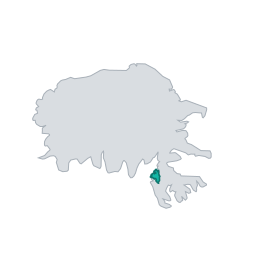 Kaldrananeshreppur, Vestfirðir, Iceland shown in context, rotated 203°
{"feature_id": "244011B77106600698129", "entity_name": "Kaldrananeshreppur", "entity_type": "district", "adm_level": 2, "iso_a3": "ISL", "parent_name": "Iceland", "parent_adm1": "Vestfirðir", "projection": "orthographic", "projection_center": [-21.462, 65.822], "detail": "fine", "context": "in_parent", "style": "filled", "palette": "teal", "viewbox_px": 256, "rotation_deg": 203, "n_neighbors": 0, "source": "geoboundaries", "source_scale": "gbopen_adm2", "svg_char_len": 5831}
<svg xmlns="http://www.w3.org/2000/svg" viewBox="0 0 256 256"><g transform="rotate(203 128 128)"><path d="M183.8,73.4L185.7,73.4L188.7,71.7L192.7,67.1L194.5,66.0L198.8,65.5L194.0,70.1L192.5,74.7L191.3,77.0L191.4,77.9L195.4,80.2L197.1,79.1L197.9,79.4L198.7,80.6L199.5,83.0L199.4,85.6L198.6,88.4L197.4,90.7L197.7,91.3L198.9,91.6L204.9,89.6L206.0,92.7L206.6,93.7L206.6,94.8L204.5,98.5L207.2,96.0L209.4,95.1L213.5,95.7L215.2,96.8L216.4,98.8L218.3,97.9L219.3,99.0L219.5,100.4L219.1,104.1L217.0,106.2L218.7,108.7L219.9,108.6L220.2,109.1L220.2,110.7L218.6,112.8L221.9,114.4L222.4,115.1L222.5,117.5L222.1,118.9L221.3,119.8L219.2,120.2L217.9,121.2L218.6,122.6L218.6,126.5L217.3,130.0L215.8,131.9L214.4,133.2L209.9,132.4L210.3,135.2L209.0,137.1L209.4,138.5L210.0,139.2L210.0,141.1L208.4,145.1L207.1,146.5L204.4,148.3L200.6,152.2L196.4,152.5L186.5,158.5L182.7,161.5L176.0,170.2L173.0,172.5L167.8,173.9L152.0,180.3L150.4,183.5L150.3,184.2L151.1,185.4L150.0,187.7L147.6,189.5L146.5,189.5L144.4,188.3L144.2,188.9L145.1,190.6L137.2,193.7L126.1,192.7L116.2,189.1L108.5,188.5L102.9,183.1L102.8,182.3L103.3,180.6L105.3,179.9L104.3,178.2L101.1,181.2L100.0,181.1L98.6,179.9L98.6,178.8L95.8,178.4L91.1,174.9L90.8,174.2L91.9,173.0L91.7,172.8L89.1,173.0L85.4,176.2L63.5,177.2L62.7,175.5L62.0,169.3L62.8,166.7L63.7,166.9L66.2,170.5L72.0,168.6L74.4,167.3L76.6,163.9L77.9,162.8L79.7,158.5L81.5,155.9L85.2,154.6L81.9,153.9L76.4,157.3L74.6,157.3L75.4,155.8L77.3,154.1L76.0,154.0L75.6,153.2L75.5,151.6L76.5,149.0L82.9,144.4L81.4,143.5L77.0,147.0L73.7,148.2L71.1,146.6L69.9,144.4L70.0,143.4L71.5,140.7L71.3,140.2L70.3,139.9L67.5,137.3L63.0,137.5L52.0,135.7L43.6,139.0L41.6,137.2L40.1,133.7L40.5,132.3L42.0,131.6L46.0,131.9L52.1,130.4L54.8,128.4L55.9,129.0L56.3,130.0L60.0,128.5L62.0,126.8L65.3,127.7L77.7,126.9L79.3,124.5L79.9,121.7L79.7,121.2L75.1,123.7L74.1,123.7L68.9,122.2L67.0,120.6L67.6,119.4L70.4,116.8L77.5,112.4L78.5,111.5L78.6,110.4L75.8,108.5L70.6,108.9L69.3,106.7L65.0,105.2L62.0,106.0L60.5,104.6L43.2,111.2L37.8,107.7L33.8,107.0L33.5,106.0L36.0,102.9L37.6,102.4L39.1,102.8L42.1,105.1L44.1,105.9L41.7,102.5L41.6,99.4L40.9,98.6L40.2,96.5L40.5,95.9L43.6,96.4L48.5,100.2L50.9,99.6L54.2,97.4L47.1,95.9L45.0,93.0L46.6,91.6L50.3,91.9L46.4,87.0L46.2,86.1L47.0,84.0L52.0,86.0L49.4,83.1L49.4,82.4L50.2,81.9L50.6,80.2L51.9,79.5L54.4,80.2L58.3,83.6L58.9,84.6L59.0,88.0L60.5,87.5L62.4,88.0L64.0,85.7L65.0,86.3L65.8,88.3L65.7,92.8L66.8,91.3L68.6,91.2L69.0,87.5L68.7,84.5L62.7,81.0L60.4,78.4L60.7,77.6L61.9,76.9L68.2,76.4L65.5,74.9L64.8,73.4L60.1,73.8L57.7,73.2L57.7,72.4L58.6,71.3L61.6,69.0L67.0,68.9L69.2,69.6L73.4,74.8L76.8,76.9L82.4,83.8L86.1,86.5L86.3,87.2L85.7,87.9L84.3,88.9L86.4,90.1L87.8,91.9L87.9,92.6L86.7,98.2L85.3,100.0L81.8,99.0L82.7,100.8L85.1,102.6L85.7,103.7L85.3,104.7L86.5,104.4L86.8,105.0L86.3,108.2L85.7,109.3L87.8,109.9L89.2,111.5L90.9,117.9L91.8,113.0L92.3,111.2L93.2,110.5L94.1,105.5L96.4,102.5L98.5,101.4L100.8,104.8L102.4,105.2L104.0,99.0L104.1,94.5L103.5,89.5L103.8,86.0L104.8,83.9L106.2,83.2L109.3,85.2L112.0,90.1L116.0,95.3L118.7,96.6L119.2,96.4L119.6,94.7L119.0,87.6L120.1,83.8L123.2,82.8L127.8,79.2L128.9,79.0L131.3,80.9L135.9,87.8L139.0,90.9L140.9,96.1L141.6,97.1L142.2,95.4L142.2,93.0L137.9,82.4L137.8,80.9L138.1,79.7L144.7,79.9L146.2,81.0L151.1,87.0L153.2,84.3L157.1,76.7L158.6,76.8L162.6,79.5L164.1,79.1L168.2,76.1L168.9,72.7L166.5,65.9L167.2,64.4L171.0,62.3L175.4,62.3L180.5,68.3L180.9,71.3L183.8,73.4Z" fill="#d9dde1" stroke="#a8b0b8" stroke-width="1"/><path d="M78.3,89.1L78.4,89.3L78.6,89.7L78.7,90.0L78.7,90.3L78.7,90.5L78.7,90.8L78.6,91.1L78.6,91.3L78.5,91.5L78.4,91.6L78.4,91.8L78.5,91.9L78.5,92.0L78.6,92.3L78.6,92.5L78.8,92.7L78.8,92.8L78.9,93.0L79.0,93.2L79.2,93.4L79.2,93.5L79.3,93.8L79.3,94.0L79.5,94.3L79.6,94.5L79.7,94.8L79.8,94.9L79.8,95.0L79.9,95.3L79.8,95.5L79.7,95.6L79.7,95.8L79.8,95.9L79.8,96.0L80.1,96.1L80.2,96.3L80.4,96.3L80.6,96.4L80.5,96.5L80.8,96.7L80.8,96.8L80.9,97.0L81.0,97.0L81.4,97.3L81.5,97.4L81.7,97.5L81.8,97.9L81.9,98.0L82.0,98.4L82.1,98.5L82.1,98.8L82.3,99.0L82.5,99.2L82.6,99.3L82.6,99.5L82.8,99.5L82.9,99.8L82.9,100.0L83.0,100.0L83.1,100.3L83.3,100.1L83.5,99.9L83.5,100.0L83.6,100.3L83.7,100.2L83.7,100.3L83.8,100.2L84.0,100.3L84.3,100.3L84.5,100.3L84.8,100.4L85.0,100.4L85.1,100.5L85.4,100.4L85.5,100.4L85.5,100.5L85.6,100.4L85.7,100.2L85.8,100.1L85.7,100.1L85.8,99.9L86.1,99.8L86.2,99.5L86.4,99.3L86.5,99.1L86.6,98.9L86.8,98.9L87.0,98.8L87.0,98.7L87.2,98.4L87.3,98.3L87.3,98.2L87.2,98.1L86.8,98.0L86.8,97.9L86.7,97.9L86.4,97.8L86.3,97.7L86.2,97.4L86.2,97.2L86.1,97.4L85.9,97.4L85.9,97.5L85.7,97.5L85.4,97.5L85.4,97.4L85.3,97.5L85.2,97.4L85.3,97.4L85.2,97.4L85.2,97.2L85.3,97.0L85.4,96.8L85.6,96.7L85.8,96.8L85.9,96.7L86.0,96.7L86.3,96.6L86.5,96.6L86.8,96.5L86.8,96.4L87.0,96.2L87.3,96.0L87.3,95.9L87.4,95.7L87.5,95.6L87.6,95.4L87.7,95.2L87.9,94.7L88.0,94.5L88.1,94.4L88.1,94.2L88.1,93.9L88.1,93.7L88.3,93.4L88.2,93.2L87.9,93.1L87.7,92.9L87.8,92.8L87.6,93.0L87.6,92.9L87.6,92.7L87.8,92.6L88.0,92.4L88.3,92.0L88.3,91.9L88.3,91.7L87.8,91.6L87.5,91.6L87.4,91.5L87.1,91.5L86.5,91.8L86.3,92.1L86.2,92.1L85.8,91.9L85.5,91.9L85.4,91.7L85.2,91.6L85.0,91.8L84.6,91.8L84.4,91.9L84.0,91.8L83.9,91.8L83.9,91.7L83.8,91.4L83.5,91.9L83.1,92.1L82.9,92.3L82.7,92.3L82.6,92.2L82.5,91.9L82.4,91.8L82.1,91.7L81.9,91.7L81.9,91.2L81.7,90.8L81.8,90.7L81.7,90.2L81.2,90.1L80.7,90.2L80.5,89.9L80.3,89.7L80.1,89.4L79.9,89.3L79.6,89.2L79.2,89.2L78.7,89.0L78.3,89.1ZM86.5,100.4L86.4,100.4L86.3,100.5L86.1,100.6L86.1,100.8L86.3,100.7L86.5,100.5L86.5,100.4L86.5,100.4ZM86.0,97.3L86.1,97.2L86.0,97.3L86.0,97.3ZM88.2,94.4L88.3,94.3L88.2,94.4ZM88.3,94.5L88.3,94.4L88.2,94.5L88.3,94.5ZM85.7,97.4L85.9,97.3L85.7,97.4L85.7,97.4ZM85.7,96.9L85.8,96.9L85.7,96.8L85.7,96.9ZM88.8,93.8L88.8,93.7L88.8,93.8L88.8,93.8ZM85.8,97.4L85.7,97.4L85.7,97.5L85.8,97.5L85.8,97.4Z" fill="#14b8a6" stroke="#0f766e" stroke-width="1.5"/></g></svg>